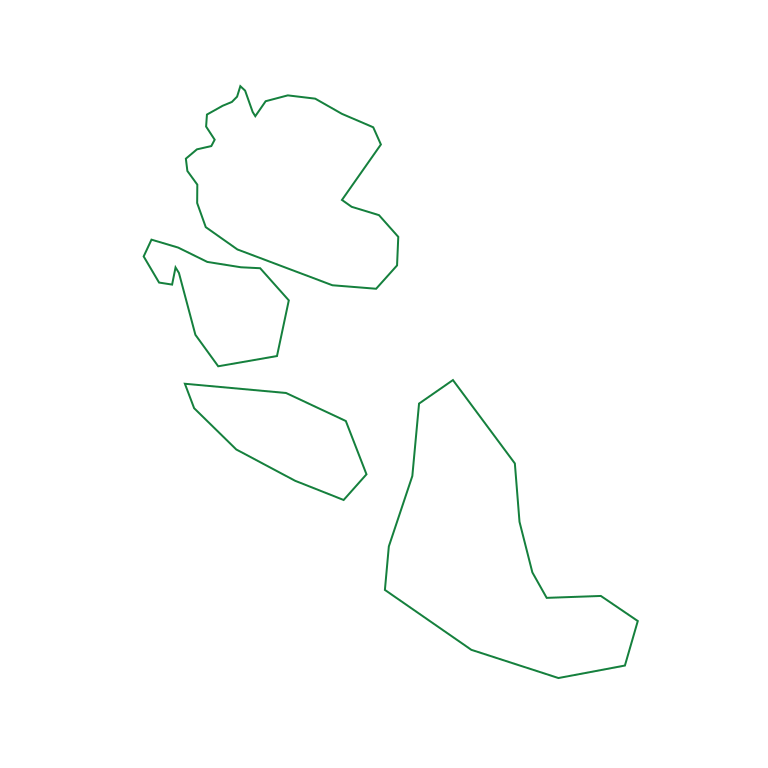 SVG path tracing the border of Föglö, rotated 263°
{"feature_id": "ALD-4814", "entity_name": "Föglö", "entity_type": "state/province", "adm_level": 1, "iso_a3": "ALA", "parent_name": "Aland", "parent_adm1": "", "projection": "orthographic", "projection_center": [20.496, 60.014], "detail": "fine", "context": "isolated", "style": "outline", "palette": "green", "viewbox_px": 768, "rotation_deg": 263, "n_neighbors": 0, "source": "natural_earth", "source_scale": "10m", "svg_char_len": 1018}
<svg xmlns="http://www.w3.org/2000/svg" viewBox="0 0 768 768"><g transform="rotate(263 384 384)"><path d="M70.9,521.3L109.5,438.3L179.5,359.8L222.2,369.0L289.2,400.9L360.3,416.4L379.5,452.9L289.2,504.2L230.7,501.7L178.9,508.3L151.9,519.4L147.2,573.4L117.8,607.0L75.2,588.8L70.9,521.3ZM682.5,267.4L687.1,273.2L697.1,277.7L692.1,281.9L670.0,286.8L665.5,288.9L679.1,301.0L682.2,323.7L675.6,350.5L657.3,375.1L640.1,404.6L622.1,410.1L571.8,364.7L563.8,373.5L552.2,399.6L528.3,416.1L500.1,411.4L479.5,387.8L488.3,344.8L535.4,254.9L561.4,226.2L586.4,220.6L604.6,223.0L619.4,214.8L631.8,214.8L639.7,226.9L641.2,241.6L647.1,245.7L661.2,238.8L673.0,241.1L679.8,257.7L682.5,267.4ZM337.0,229.4L383.1,192.6L408.5,186.4L387.0,285.7L351.9,341.6L296.5,355.6L273.8,329.8L298.7,284.1L337.0,229.4ZM517.3,256.2L514.0,275.2L478.6,299.7L424.8,281.2L421.8,221.6L455.8,202.8L519.2,194.0L525.1,191.3L508.5,185.8L512.1,173.1L539.9,161.0L555.6,170.8L544.5,196.3L526.7,223.5L517.3,256.2Z" fill="none" stroke="#15803d" stroke-width="2"/></g></svg>